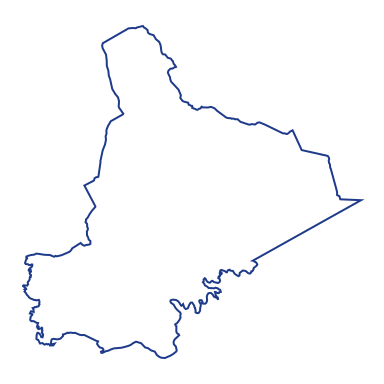 the district of N'Zi, N'zi-Comoé, Ivory Coast
{"feature_id": "98640826B73875625736421", "entity_name": "N'Zi", "entity_type": "district", "adm_level": 2, "iso_a3": "CIV", "parent_name": "Ivory Coast", "parent_adm1": "N'zi-Comoé", "projection": "albers", "projection_center": [-4.64, 7.021], "detail": "fine", "context": "isolated", "style": "outline", "palette": "blue", "viewbox_px": 384, "rotation_deg": 0, "n_neighbors": 0, "source": "geoboundaries", "source_scale": "gbopen_adm2", "svg_char_len": 5892}
<svg xmlns="http://www.w3.org/2000/svg" viewBox="0 0 384 384"><path d="M101.3,352.8L102.4,352.9L105.7,351.3L108.6,350.6L110.7,349.5L113.9,348.4L121.8,347.7L128.4,345.9L130.7,344.9L133.2,343.1L136.0,341.7L141.1,343.2L145.1,347.4L148.0,348.2L151.3,350.5L154.3,351.4L154.9,351.8L157.0,355.2L159.4,356.9L161.2,357.7L165.0,358.0L170.3,355.7L172.9,354.2L176.3,351.5L176.7,350.5L175.9,346.6L173.8,344.2L173.6,342.5L173.8,341.1L174.7,339.4L179.2,335.2L178.6,334.2L177.3,333.5L176.6,332.5L176.3,330.9L176.4,326.2L175.7,325.7L175.2,324.3L177.0,323.2L179.2,320.3L180.5,317.8L180.3,315.8L180.7,313.7L180.1,312.4L177.5,310.2L175.5,307.9L173.6,304.6L171.1,302.9L170.4,301.6L170.6,300.3L172.8,299.6L176.1,300.0L177.1,300.6L178.2,301.3L179.3,302.7L181.0,305.5L181.6,305.8L183.1,304.1L184.3,307.6L185.6,309.0L186.9,308.7L187.9,308.1L189.3,304.7L190.7,302.6L192.2,302.6L194.2,305.6L194.4,307.1L195.1,307.9L195.0,308.7L195.6,309.8L195.5,312.2L196.2,312.8L197.5,313.2L198.8,312.8L200.1,310.7L200.1,308.5L200.8,305.5L200.6,304.0L199.4,301.9L199.3,300.6L199.8,300.2L201.5,300.2L201.9,300.6L202.5,302.0L201.8,303.0L202.4,303.4L203.3,303.7L205.2,303.7L205.7,303.4L206.5,302.4L207.1,300.3L206.8,296.7L207.2,295.1L208.4,293.3L210.1,292.9L211.4,293.2L213.4,295.5L213.8,296.6L216.9,297.9L218.2,299.7L217.9,297.7L217.4,297.5L215.8,295.3L215.0,292.0L215.7,292.0L217.3,293.0L218.3,293.2L219.1,292.9L219.3,292.2L220.8,291.9L220.2,289.9L219.7,289.5L218.5,289.3L217.7,288.3L215.4,287.7L214.3,288.3L208.7,288.0L207.1,286.6L204.9,285.3L204.2,283.6L202.9,282.2L203.7,281.3L203.6,279.4L204.8,278.2L205.3,278.5L207.0,281.4L208.4,282.4L209.9,282.7L211.6,281.1L212.4,280.8L214.0,282.1L218.0,283.0L219.5,282.1L220.1,280.6L219.5,278.7L218.4,278.3L218.5,276.9L218.7,276.5L219.2,276.7L219.8,276.4L220.3,274.9L221.5,274.1L221.8,273.4L221.5,272.5L221.1,272.3L219.8,273.6L219.7,273.0L220.2,272.0L220.1,271.0L220.4,270.4L221.4,269.9L225.0,271.2L226.3,272.3L227.0,272.2L227.5,270.9L228.4,270.0L229.7,269.8L229.8,270.3L231.1,270.8L232.9,270.9L234.6,273.7L237.0,275.4L238.7,276.1L239.5,275.4L239.7,272.9L242.8,270.5L245.7,271.0L248.1,273.1L249.9,273.6L251.1,272.6L251.3,271.3L252.4,271.2L253.6,269.1L253.5,268.4L253.9,267.8L256.6,265.7L257.3,264.5L256.7,263.2L255.6,262.0L254.8,261.9L253.9,260.9L252.8,260.7L361.0,200.2L340.3,199.3L339.4,196.2L337.1,195.1L337.1,192.3L336.4,189.3L330.8,168.8L330.2,167.7L329.9,164.4L329.1,163.0L328.7,160.7L329.2,158.9L329.0,158.1L328.1,156.3L327.6,155.9L301.7,150.1L292.6,130.3L289.9,131.7L288.8,132.9L287.3,133.9L286.3,134.0L284.8,133.3L283.1,133.4L281.6,132.7L264.9,124.6L259.6,122.4L257.5,122.7L255.1,124.5L251.8,124.1L249.5,124.7L248.5,124.5L240.4,121.8L237.6,119.2L235.2,119.3L234.0,118.7L231.4,118.7L230.8,118.2L228.1,118.1L226.3,117.6L217.2,110.9L214.7,108.4L212.2,107.3L210.8,106.9L207.9,107.5L202.8,107.4L201.6,106.7L200.5,108.4L199.2,108.7L197.6,109.8L196.2,109.6L195.0,108.9L192.2,107.9L192.4,106.5L192.1,105.9L191.2,105.9L189.3,104.7L188.7,104.7L188.1,102.7L183.9,101.6L182.5,100.9L180.6,98.4L180.3,97.6L180.9,95.4L178.5,89.6L171.1,81.7L170.3,79.3L170.0,77.2L168.1,73.3L167.9,72.2L168.6,70.5L170.4,68.7L172.4,68.6L174.4,67.4L176.0,66.9L175.0,65.2L173.7,63.9L172.9,61.2L171.8,60.2L171.0,58.7L167.8,57.8L165.2,54.5L163.0,54.3L162.0,53.2L161.4,51.6L160.7,45.9L160.1,43.9L159.1,41.8L155.9,39.2L153.6,35.2L149.7,34.0L148.3,33.0L147.8,32.1L147.6,30.1L145.5,28.3L144.0,27.5L142.9,26.0L136.9,27.5L135.9,28.2L132.6,28.0L128.5,28.4L102.8,43.2L102.1,45.8L102.7,48.3L106.0,54.6L106.7,60.2L106.8,65.8L108.4,71.0L108.8,75.6L110.1,79.2L112.3,89.1L115.4,94.2L118.0,97.3L119.0,101.1L118.7,106.6L119.0,107.6L123.3,113.7L122.9,114.4L110.8,121.2L108.1,125.8L106.9,128.7L106.4,130.3L106.5,133.8L105.6,136.3L106.0,139.1L105.6,141.7L105.0,144.5L102.7,150.4L100.4,161.1L100.5,162.2L98.4,176.6L97.9,177.1L96.4,177.1L94.6,178.2L94.0,180.5L84.4,185.5L95.4,206.4L95.3,206.9L91.9,210.8L89.7,214.0L87.7,217.6L86.0,219.4L86.1,220.8L85.5,221.8L85.8,222.7L86.9,223.5L87.2,224.9L87.1,226.7L87.9,228.2L87.7,230.0L86.9,231.3L87.0,235.4L88.1,237.3L88.7,239.6L90.4,241.0L90.4,243.8L89.5,244.5L86.2,245.0L84.3,245.7L82.7,245.0L80.6,243.0L72.1,248.4L71.3,250.0L69.5,251.8L61.6,255.2L56.8,256.3L55.4,255.9L54.6,256.6L53.7,256.6L49.9,255.0L44.5,254.8L36.8,253.6L35.8,253.8L34.4,254.6L30.7,255.1L27.8,255.9L26.4,256.6L26.2,257.2L26.3,257.8L26.8,257.6L27.2,258.3L26.1,259.8L25.0,263.0L25.8,264.1L27.9,264.2L28.9,265.0L30.2,265.1L31.6,264.4L32.3,264.5L32.3,265.7L31.9,266.7L29.8,268.2L28.8,269.6L28.7,270.5L29.2,271.0L30.7,270.1L31.0,271.7L29.6,273.0L30.1,274.6L31.0,275.0L30.7,276.9L30.2,276.8L29.8,277.1L29.6,279.5L28.8,281.0L27.9,281.8L27.7,282.7L28.1,284.2L27.2,285.6L23.7,285.3L23.1,285.6L23.0,286.0L26.0,288.5L26.2,289.0L24.7,289.5L25.2,289.9L25.2,290.5L24.5,291.6L25.9,293.0L26.9,294.9L28.5,296.5L28.8,297.2L30.4,298.4L34.3,300.0L35.3,299.9L36.4,300.4L38.9,299.9L39.5,301.7L39.1,303.8L39.5,304.2L38.6,306.2L37.8,306.6L37.1,306.5L35.9,307.2L34.6,307.1L34.0,307.8L32.7,308.1L33.5,309.6L33.7,311.9L30.9,311.3L29.9,313.5L32.4,314.2L32.3,314.7L30.5,317.1L30.6,317.9L30.2,319.2L30.4,320.4L31.6,321.2L33.6,321.1L36.8,322.9L38.0,323.0L37.1,326.4L38.3,326.3L38.7,326.7L38.6,327.4L37.5,327.6L37.7,328.5L38.9,329.1L41.4,328.1L41.8,327.7L42.2,328.1L42.2,329.4L41.9,330.0L42.4,330.8L41.8,332.7L42.8,333.8L43.1,335.3L42.5,337.3L41.3,337.1L40.2,334.5L38.5,333.0L37.9,332.7L37.2,333.2L36.7,334.6L36.4,338.9L37.3,339.7L38.2,339.9L40.0,343.5L42.5,343.1L44.4,344.6L46.6,343.9L47.4,344.4L48.7,344.1L49.7,344.8L50.0,345.5L53.3,345.4L54.6,343.6L51.8,344.3L51.3,344.2L50.9,343.6L51.4,340.1L51.9,339.3L53.3,338.8L57.3,339.4L60.3,338.7L62.8,336.3L63.1,335.8L62.9,334.5L65.1,333.9L67.5,332.7L68.1,333.0L70.4,332.6L73.3,333.0L75.1,332.8L79.7,334.8L81.8,335.1L84.3,335.0L96.3,340.8L98.1,341.4L97.1,343.4L97.1,344.0L99.0,346.7L99.9,347.4L102.2,348.1L103.1,348.9L103.5,349.8L103.2,350.6L101.0,351.7L101.3,352.8Z" fill="none" stroke="#1e3a8a" stroke-width="2"/></svg>